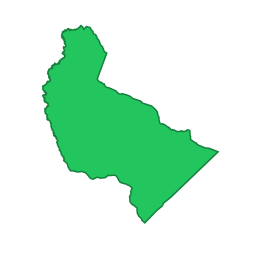 outline of Bia East, Western, Ghana, rotated 195°
{"feature_id": "2480657B75704309897075", "entity_name": "Bia East", "entity_type": "district", "adm_level": 2, "iso_a3": "GHA", "parent_name": "Ghana", "parent_adm1": "Western", "projection": "mercator", "projection_center": [-2.892, 6.825], "detail": "fine", "context": "isolated", "style": "filled", "palette": "green", "viewbox_px": 256, "rotation_deg": 195, "n_neighbors": 0, "source": "geoboundaries", "source_scale": "gbopen_adm2", "svg_char_len": 5959}
<svg xmlns="http://www.w3.org/2000/svg" viewBox="0 0 256 256"><g transform="rotate(195 128 128)"><path d="M208.1,115.3L207.3,114.9L206.8,115.2L204.8,114.3L204.3,113.6L204.2,113.0L203.8,112.8L203.9,112.5L203.2,111.9L203.2,111.3L202.8,110.7L202.9,109.7L202.0,108.8L202.0,108.3L201.5,108.1L201.3,107.7L201.0,107.5L200.8,106.5L200.4,106.7L199.4,106.0L199.4,105.6L199.2,105.0L198.9,104.8L198.9,104.4L198.5,104.5L197.9,104.1L197.7,103.6L198.6,103.5L198.1,102.6L198.0,101.8L197.5,101.3L196.8,101.5L196.7,101.2L196.2,101.5L196.2,101.3L195.5,101.1L195.3,100.3L194.4,100.0L194.4,99.6L194.7,99.4L194.5,99.0L192.8,98.0L192.6,97.0L193.1,96.4L193.0,95.4L192.2,94.9L191.8,93.7L190.4,91.9L189.3,91.1L188.7,90.0L188.7,88.9L186.9,87.9L186.4,86.9L185.7,86.0L185.5,85.0L184.6,84.7L184.4,84.2L183.6,83.8L183.3,83.3L182.3,83.3L182.2,82.0L181.5,81.4L181.7,79.9L179.5,78.9L177.5,77.8L176.4,75.9L175.2,74.2L174.6,74.1L174.3,73.3L173.6,72.7L172.7,72.2L172.7,71.9L171.9,71.8L170.5,72.4L168.9,72.3L167.6,72.5L166.9,72.3L165.4,72.4L162.5,73.5L161.7,74.1L159.3,73.8L158.1,74.0L156.2,73.1L151.4,69.8L150.7,69.5L148.6,69.5L145.1,72.4L142.6,72.6L141.9,72.3L137.0,74.2L136.4,75.3L135.6,76.0L135.2,77.0L133.1,77.3L129.5,78.8L126.9,78.7L124.6,76.6L123.6,75.3L121.3,73.4L119.7,73.5L119.0,73.2L115.6,73.4L113.3,72.8L111.9,72.8L108.2,70.8L109.0,68.6L108.6,66.7L108.0,65.0L108.6,63.1L108.6,61.5L108.2,61.0L106.9,57.2L105.7,56.1L104.9,56.0L104.1,55.1L103.6,55.2L102.7,54.7L102.0,54.8L101.2,54.4L100.6,53.8L98.9,53.4L98.4,52.5L97.9,50.6L96.9,48.1L95.3,46.3L94.5,45.5L92.0,44.2L90.9,43.2L90.8,42.5L87.2,40.7L78.9,55.7L74.7,61.6L74.3,64.5L68.6,72.4L34.8,128.3L44.6,129.4L48.2,128.7L55.4,129.6L57.6,130.5L58.0,131.1L59.2,131.1L64.7,133.1L65.2,135.6L66.3,137.4L67.5,141.1L67.9,141.7L70.3,141.6L70.8,140.3L71.3,140.2L72.3,139.4L73.2,139.3L74.2,138.6L74.4,139.0L76.2,139.0L77.1,137.9L77.6,137.9L78.3,137.5L79.4,137.5L79.6,137.2L82.9,138.0L83.8,137.8L84.6,138.0L85.0,137.5L86.1,137.6L86.9,138.1L87.7,138.1L87.8,138.6L88.7,139.2L89.4,139.2L92.0,140.0L92.5,140.4L92.9,140.4L93.6,140.7L95.7,141.0L97.0,140.4L98.1,140.5L100.3,144.0L100.6,145.8L101.7,147.4L102.5,148.0L103.2,149.9L103.9,151.1L105.5,152.5L111.0,155.4L120.5,155.8L121.5,156.0L121.8,156.9L122.8,157.3L130.9,157.7L133.7,159.0L136.1,159.5L142.6,159.7L143.3,159.0L145.6,158.5L146.6,159.2L147.9,159.7L148.3,160.2L149.6,160.8L157.0,161.9L159.1,161.7L159.7,161.8L161.6,163.1L162.5,164.5L163.5,164.3L164.8,164.7L165.4,165.2L165.7,164.8L168.1,165.5L169.1,166.1L170.3,167.3L170.4,167.7L167.9,194.8L170.6,195.7L171.4,196.5L172.1,197.9L172.9,198.6L173.6,199.9L174.5,200.2L177.0,202.1L177.0,202.8L179.2,205.5L181.0,206.7L181.8,208.0L182.7,209.1L183.3,209.6L185.7,210.2L186.2,210.5L186.5,211.7L188.3,213.1L189.1,213.4L190.5,215.2L194.4,215.3L196.3,211.9L198.1,214.0L198.6,214.0L199.7,214.8L200.1,214.5L200.4,214.5L200.5,213.5L201.0,212.5L201.4,212.0L201.7,212.0L202.1,211.0L202.8,210.4L203.1,210.4L204.0,209.2L204.6,209.2L204.8,209.4L204.9,209.1L205.2,209.1L205.6,208.6L208.4,208.3L208.6,207.7L209.0,207.9L209.0,207.7L209.4,207.8L209.5,208.2L210.0,208.0L210.5,208.2L210.3,207.7L211.3,208.3L211.8,208.1L211.5,207.5L211.9,207.1L212.4,207.2L213.2,206.3L214.2,206.4L214.2,205.6L213.8,205.4L214.2,205.3L214.2,204.9L215.0,205.0L215.0,204.8L214.8,204.8L214.9,204.4L215.6,204.0L216.0,204.1L216.2,203.7L215.6,203.3L215.8,203.1L216.2,201.7L215.6,201.2L215.5,200.5L215.7,200.4L215.3,199.7L215.7,199.7L215.4,199.3L215.5,198.7L215.0,198.7L214.8,198.1L214.4,198.4L214.5,198.0L214.0,197.9L213.7,198.1L213.5,197.8L213.2,197.9L213.0,197.6L213.1,197.3L212.8,197.4L212.8,197.0L212.5,197.2L212.2,196.6L212.8,196.4L212.5,196.0L212.1,196.3L211.5,195.8L211.7,195.6L211.1,194.9L211.1,194.7L211.4,194.7L211.1,194.0L211.5,194.3L211.6,193.9L211.1,193.4L210.9,192.8L209.9,192.5L209.6,191.9L209.3,190.6L209.3,190.1L209.9,189.7L210.9,189.9L211.3,189.5L210.7,188.0L209.3,186.4L209.6,185.5L209.5,184.8L210.1,184.8L209.9,184.4L210.3,184.3L210.8,183.1L209.9,182.6L208.8,182.7L208.8,182.4L208.2,182.4L208.4,182.0L207.5,181.1L207.8,180.3L207.6,179.6L209.3,178.6L209.4,178.3L209.1,177.8L209.4,177.4L209.8,177.5L210.1,177.1L210.3,177.1L210.2,176.8L210.5,176.0L210.8,175.7L211.4,175.7L211.5,175.2L210.9,173.9L211.1,173.6L211.0,173.1L211.4,173.4L211.3,173.0L211.5,173.1L211.6,172.8L212.0,172.8L211.8,172.2L212.1,171.9L212.5,172.0L212.8,171.6L212.9,171.1L214.3,171.3L214.1,171.0L214.2,170.6L214.6,170.4L214.9,170.5L215.0,170.2L215.4,170.3L215.4,170.1L215.7,169.9L215.8,170.2L215.9,169.7L216.5,169.6L216.6,168.8L217.3,168.8L217.6,168.2L217.0,167.4L217.3,167.5L217.3,167.1L217.5,166.9L217.1,166.0L217.5,166.1L217.9,165.8L217.9,165.6L218.4,165.3L219.0,164.1L219.4,164.3L219.7,163.3L219.5,162.2L219.9,161.6L219.6,161.2L219.7,160.3L219.1,159.9L219.3,159.6L219.0,159.5L219.0,159.2L217.9,158.0L217.9,157.7L217.3,157.5L217.7,157.2L217.6,156.7L217.2,156.5L217.3,156.0L216.9,156.0L216.3,155.3L215.7,155.2L215.5,154.8L215.9,154.0L215.3,153.5L216.0,152.4L216.8,152.0L217.2,152.4L217.5,152.0L217.8,152.1L218.3,150.2L218.0,150.0L218.3,149.2L219.0,148.6L219.1,148.2L220.0,147.5L219.9,147.0L220.9,146.8L221.2,145.8L220.3,144.9L220.6,144.2L220.1,143.1L219.1,142.2L218.0,142.2L217.9,141.0L217.2,140.9L217.0,141.2L215.8,140.5L216.1,140.2L215.7,140.0L215.8,139.8L216.1,139.9L216.3,139.7L215.9,139.0L216.0,138.8L216.6,138.4L216.7,138.5L217.1,138.5L217.6,137.9L217.9,138.2L218.7,137.2L217.3,135.6L216.9,135.4L216.4,135.6L216.3,135.2L216.0,135.1L215.8,134.4L216.2,134.1L216.3,133.5L216.1,133.2L215.8,133.1L215.9,132.6L215.2,132.4L215.4,132.2L215.1,131.7L214.7,131.9L214.0,131.5L213.7,131.9L212.8,131.2L212.3,131.4L212.1,131.0L211.6,131.1L211.4,130.8L211.1,128.8L210.8,128.6L211.6,128.4L211.9,127.9L211.6,127.5L211.6,127.2L212.3,126.3L212.1,125.7L213.1,125.3L213.3,125.0L212.6,124.5L212.8,123.0L211.9,122.0L212.0,121.2L210.9,120.3L209.8,120.0L209.8,119.6L209.1,119.2L209.3,117.7L208.5,117.0L208.6,116.5L208.2,116.2L207.8,116.3L207.6,115.9L207.7,115.6L208.1,115.3Z" fill="#22c55e" stroke="#15803d" stroke-width="1.5"/></g></svg>